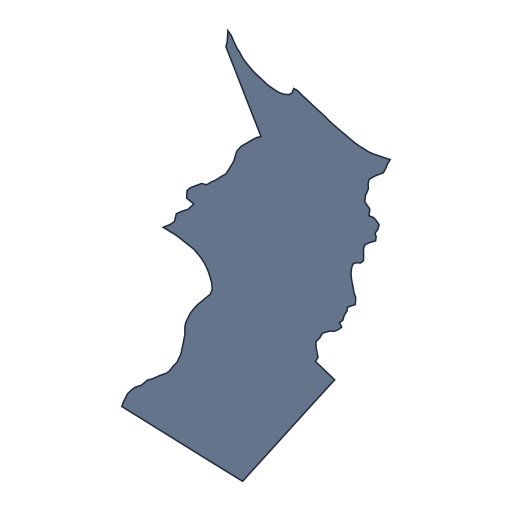 Parnaíba, Piauí, Brazil (orthographic projection)
{"feature_id": "56859067B40128359128951", "entity_name": "Parnaíba", "entity_type": "district", "adm_level": 2, "iso_a3": "BRA", "parent_name": "Brazil", "parent_adm1": "Piauí", "projection": "orthographic", "projection_center": [-41.745, -2.939], "detail": "fine", "context": "isolated", "style": "filled", "palette": "slate", "viewbox_px": 512, "rotation_deg": 0, "n_neighbors": 0, "source": "geoboundaries", "source_scale": "gbopen_adm2", "svg_char_len": 2024}
<svg xmlns="http://www.w3.org/2000/svg" viewBox="0 0 512 512"><path d="M121.8,406.5L203.1,457.0L231.8,474.7L242.6,481.3L312.6,404.0L334.7,379.8L315.5,361.5L318.0,357.4L316.9,351.4L316.1,347.3L315.9,341.9L319.8,337.8L322.5,333.2L329.1,331.2L334.3,331.2L338.2,329.7L341.7,327.2L339.5,322.5L342.7,320.5L344.2,315.5L347.1,310.8L347.5,307.3L351.6,305.8L355.3,304.6L355.7,297.6L353.9,292.2L353.0,286.8L351.7,280.4L351.0,273.9L351.7,267.6L353.0,264.0L356.3,262.7L360.5,263.0L363.5,260.7L363.6,256.3L363.5,248.9L364.8,245.0L369.2,242.7L375.6,240.9L376.2,236.7L375.0,233.4L378.0,229.1L379.1,224.6L376.8,221.3L373.7,217.6L369.0,215.7L369.8,209.1L364.8,201.8L365.5,195.5L368.4,188.9L368.1,183.5L369.1,179.4L373.1,177.0L377.1,175.1L383.2,172.9L385.9,168.2L387.3,164.4L390.2,159.6L386.5,158.4L380.9,156.5L373.7,154.1L368.2,151.6L362.8,148.1L359.3,146.0L354.9,142.9L351.2,139.8L345.6,135.0L341.1,131.3L337.6,128.3L332.9,124.1L328.9,120.5L325.5,117.0L322.7,114.3L319.2,111.1L313.1,105.6L306.9,99.6L301.6,94.8L297.5,90.5L293.8,88.5L292.1,92.8L289.0,94.6L284.5,94.3L280.6,93.2L277.3,91.5L273.6,89.1L270.3,86.8L267.4,84.7L262.7,80.2L258.7,76.5L255.8,73.8L252.5,70.5L249.8,67.2L246.5,63.2L243.6,59.4L241.3,55.4L239.6,52.1L237.2,48.6L235.0,44.1L232.9,39.4L231.2,35.3L227.9,30.7L227.2,41.8L225.9,46.6L261.0,136.5L256.8,137.5L253.2,139.3L247.3,142.7L241.3,146.2L236.8,151.2L235.4,155.7L234.0,160.6L232.3,163.7L228.2,170.4L225.7,174.0L220.9,176.7L215.1,180.4L211.4,181.9L206.5,184.8L201.6,183.5L190.3,187.7L187.0,190.6L186.6,198.1L193.8,204.0L188.0,209.3L182.1,211.2L176.3,213.7L174.5,221.5L169.9,224.6L163.1,227.3L176.8,235.7L193.9,249.3L198.6,254.9L200.9,257.7L204.4,263.1L207.1,268.7L208.7,272.6L211.8,283.1L212.2,289.5L210.4,294.1L198.0,304.3L194.4,307.9L190.1,313.5L185.8,322.5L184.9,326.7L184.9,334.4L182.5,346.6L180.8,354.3L176.9,362.4L173.2,366.1L169.3,371.2L166.1,373.3L159.3,375.7L152.2,378.9L147.4,380.1L141.6,385.1L135.2,387.2L131.2,390.2L127.6,393.7L123.4,401.9L121.8,406.5Z" fill="#64748b" stroke="#1e293b" stroke-width="1.5"/></svg>